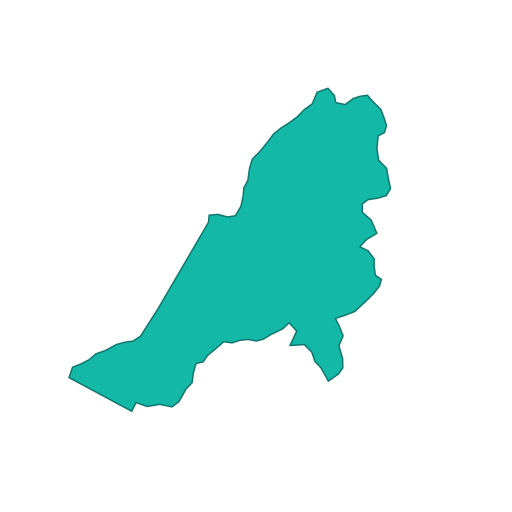 outline of Arara, Paraíba, Brazil, rotated 113°
{"feature_id": "56859067B48385151436783", "entity_name": "Arara", "entity_type": "district", "adm_level": 2, "iso_a3": "BRA", "parent_name": "Brazil", "parent_adm1": "Paraíba", "projection": "robinson", "projection_center": [-35.733, -6.862], "detail": "fine", "context": "isolated", "style": "filled", "palette": "teal", "viewbox_px": 512, "rotation_deg": 113, "n_neighbors": 0, "source": "geoboundaries", "source_scale": "gbopen_adm2", "svg_char_len": 1439}
<svg xmlns="http://www.w3.org/2000/svg" viewBox="0 0 512 512"><g transform="rotate(113 256 256)"><path d="M94.0,263.7L102.3,268.7L111.8,272.4L120.5,277.6L128.6,283.1L136.9,287.5L147.5,290.1L159.0,293.6L168.4,297.3L177.9,296.2L189.7,293.0L198.0,293.8L206.0,291.2L216.1,289.3L227.0,290.7L231.2,297.4L232.6,307.3L236.7,315.0L243.6,312.9L343.8,325.7L374.9,331.0L382.4,335.9L386.0,342.1L391.9,349.8L402.1,357.9L408.5,365.0L416.7,369.1L424.0,375.2L430.1,381.4L441.0,380.6L447.5,309.7L437.8,309.2L437.0,297.3L430.2,286.7L427.7,274.4L420.1,270.0L413.2,269.2L405.6,268.4L397.6,265.3L388.6,267.9L378.4,269.2L374.1,263.3L366.6,261.8L357.2,256.9L347.5,252.2L345.3,244.1L339.9,237.9L335.8,230.5L334.1,222.4L329.5,216.6L322.6,211.7L312.8,203.1L304.6,199.4L309.2,189.2L325.0,189.7L318.7,176.9L322.6,167.2L330.1,160.5L333.4,152.8L338.1,146.6L342.9,140.5L332.3,134.0L325.0,132.4L316.4,136.3L306.3,144.6L295.5,144.6L288.0,152.0L282.5,158.5L275.3,150.4L268.5,143.4L254.4,137.1L245.0,133.2L235.5,130.6L228.6,131.4L227.0,138.7L218.9,143.4L212.5,146.1L207.4,154.9L207.0,164.1L197.3,160.5L187.9,153.6L177.9,164.1L174.2,175.3L166.6,178.5L160.4,175.0L155.5,167.0L149.6,159.7L141.4,158.5L132.7,164.6L124.4,170.0L119.8,180.6L109.6,186.8L97.7,190.5L92.2,186.0L85.0,186.8L78.8,192.1L72.1,198.6L68.2,208.8L64.5,216.2L68.4,222.7L73.2,228.1L81.8,233.1L83.6,242.5L77.7,246.5L73.5,255.3L81.4,263.7L94.0,263.7Z" fill="#14b8a6" stroke="#0f766e" stroke-width="1.5"/></g></svg>